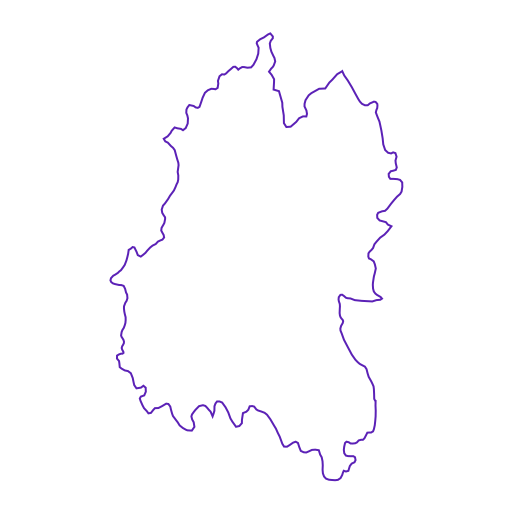 Rechytsa, Gomel, Belarus, rotated 271°
{"feature_id": "67162791B36955231142498", "entity_name": "Rechytsa", "entity_type": "district", "adm_level": 2, "iso_a3": "BLR", "parent_name": "Belarus", "parent_adm1": "Gomel", "projection": "equal_earth", "projection_center": [30.22, 52.327], "detail": "fine", "context": "isolated", "style": "outline", "palette": "violet", "viewbox_px": 512, "rotation_deg": 271, "n_neighbors": 0, "source": "geoboundaries", "source_scale": "gbopen_adm2", "svg_char_len": 6013}
<svg xmlns="http://www.w3.org/2000/svg" viewBox="0 0 512 512"><g transform="rotate(271 256 256)"><path d="M142.5,121.7L141.1,123.5L139.3,126.8L138.7,130.0L136.6,132.9L131.8,134.9L128.1,135.7L124.8,136.5L121.6,138.8L122.4,143.3L124.3,145.7L122.4,148.0L118.4,148.2L114.7,146.7L113.4,143.3L111.5,142.3L109.1,143.1L104.8,145.1L101.9,146.7L98.9,149.6L96.8,151.2L97.3,153.7L100.2,155.9L102.1,157.6L102.3,161.1L104.2,164.6L106.8,168.8L106.5,171.0L104.0,172.9L100.8,173.7L96.8,174.9L94.5,175.8L92.1,177.7L90.9,178.6L88.4,180.6L85.3,182.6L82.8,185.8L81.1,188.9L80.5,190.4L80.3,194.9L84.1,197.4L88.7,196.6L91.5,195.0L94.5,194.2L96.5,194.8L99.1,196.6L101.2,198.2L104.9,201.7L105.9,205.6L105.2,208.0L103.4,209.8L101.4,211.5L99.6,213.3L94.9,215.4L97.6,216.3L100.5,217.1L105.1,217.1L107.9,218.1L109.9,219.6L109.9,222.1L108.9,224.7L104.2,228.2L99.1,231.0L93.1,233.3L89.9,235.3L87.1,237.4L84.9,239.0L85.7,242.3L88.6,244.8L91.9,244.8L98.7,245.7L100.1,249.0L102.1,251.0L105.6,252.3L105.9,254.8L105.4,256.8L102.6,259.0L101.6,260.7L100.6,264.0L99.4,267.3L97.5,269.8L93.0,273.2L89.9,275.1L86.3,277.3L83.8,278.9L79.5,280.9L75.9,282.8L71.8,284.4L68.7,285.6L65.9,287.4L65.9,290.4L67.6,293.0L70.0,296.3L71.0,298.9L69.8,301.2L65.7,302.6L61.9,304.2L60.6,307.1L60.4,309.6L61.7,312.5L63.1,315.3L63.4,318.6L62.9,322.2L58.6,323.6L55.9,325.2L51.9,326.1L47.8,326.4L43.4,326.3L39.8,326.7L36.7,327.9L34.6,329.9L33.6,332.8L33.4,335.3L33.2,339.0L33.6,341.8L35.4,344.4L38.5,346.0L40.9,346.7L42.8,347.5L42.1,349.7L42.8,352.1L45.3,352.8L47.7,353.5L50.1,355.3L51.5,358.1L53.7,359.1L56.5,358.5L57.5,356.9L57.5,351.7L58.0,349.4L60.3,347.7L63.7,347.2L66.8,347.5L70.6,348.3L71.9,349.7L71.4,352.0L70.2,353.8L70.2,356.2L70.5,358.5L71.4,360.2L73.4,361.9L74.1,364.3L74.1,366.1L75.6,367.6L78.6,369.1L81.3,370.4L81.5,372.5L81.5,374.1L82.7,376.1L84.9,376.9L88.8,377.7L93.1,378.1L97.7,378.4L103.4,378.4L108.5,378.1L113.2,378.1L113.3,377.7L115.2,376.7L120.1,376.5L124.9,376.2L127.7,375.8L129.9,374.8L132.5,373.5L134.4,372.4L137.1,370.8L140.7,369.6L144.8,368.5L147.3,366.8L149.2,363.0L150.0,361.5L151.7,359.5L154.0,357.2L159.1,353.5L166.3,349.5L173.8,345.4L180.1,343.0L182.9,341.8L184.9,341.6L187.6,342.3L190.5,343.9L192.4,344.3L193.6,343.8L194.9,342.6L196.1,341.7L197.8,341.0L200.4,340.6L204.7,340.7L207.1,340.8L209.5,340.6L212.3,339.6L214.1,339.3L216.3,339.5L218.6,341.1L218.8,342.8L217.5,344.7L215.8,346.7L215.4,348.2L215.2,351.2L213.6,355.5L213.0,362.4L212.6,373.1L214.0,377.2L214.4,381.0L215.6,382.7L217.2,381.3L219.2,377.7L220.5,376.0L222.6,374.4L225.5,373.6L229.2,373.3L231.3,373.4L235.9,374.0L237.9,374.3L240.6,375.0L245.6,376.0L249.7,375.0L252.7,373.8L254.8,370.8L255.5,369.0L257.4,368.3L260.6,368.4L262.4,369.6L264.0,371.3L266.0,372.9L269.8,374.2L272.5,376.3L276.5,379.8L279.6,384.0L283.1,387.2L288.1,390.9L289.7,387.3L292.1,385.3L293.0,381.8L293.7,379.0L296.2,376.6L299.3,376.4L301.3,377.4L302.9,381.3L303.4,384.2L305.6,386.5L310.6,390.1L314.4,393.1L317.8,396.0L320.5,399.0L322.9,400.4L327.6,401.1L332.1,400.9L334.6,398.7L335.3,396.0L335.5,392.4L335.5,388.9L337.5,387.5L340.4,387.2L343.1,389.3L343.6,391.5L344.5,394.3L347.0,395.2L351.2,394.1L353.9,393.8L357.7,394.8L361.3,393.6L362.0,391.3L360.9,389.3L361.5,386.3L364.2,383.3L369.8,381.3L375.7,380.6L383.5,379.2L388.7,378.0L392.5,377.1L395.7,375.7L398.6,374.5L401.7,373.3L404.3,373.9L405.9,374.6L408.5,374.8L410.2,374.6L412.1,372.9L412.4,371.2L411.6,369.6L410.6,367.3L408.7,365.1L408.6,362.3L410.0,359.3L412.2,357.2L414.6,355.6L419.8,352.6L426.4,348.9L433.1,344.7L438.0,341.1L442.3,339.0L442.2,338.9L439.2,334.0L433.6,329.2L430.7,326.3L424.7,322.3L424.3,316.2L419.8,308.5L417.6,305.9L412.7,302.8L409.0,301.9L406.4,301.9L402.3,303.9L399.0,304.5L396.4,303.9L396.4,300.5L394.5,296.7L390.8,293.9L385.9,288.4L385.5,284.1L389.3,281.6L397.1,281.3L405.6,279.8L409.7,279.6L418.2,277.0L421.2,276.1L422.7,270.7L430.1,271.0L433.1,271.0L437.5,268.4L440.5,265.8L443.5,267.8L445.3,269.5L446.8,270.4L450.9,271.8L454.3,271.0L456.5,269.8L460.6,267.8L464.3,266.7L468.7,266.1L471.4,267.0L474.0,269.0L475.8,269.0L478.8,266.4L477.7,264.1L474.7,260.1L472.8,256.4L470.2,253.3L468.7,253.0L466.8,253.8L464.2,255.0L458.3,254.7L452.7,253.0L447.1,250.1L444.5,247.8L444.1,244.1L444.7,240.7L444.7,238.9L443.2,236.4L442.0,235.0L443.5,233.7L444.9,231.9L444.7,230.0L442.3,227.4L440.4,225.2L438.0,222.9L436.9,221.2L437.1,218.8L435.1,216.4L430.4,214.9L427.8,215.3L423.4,214.7L422.0,212.6L422.3,210.8L422.4,208.4L420.9,205.0L418.3,202.1L415.4,200.8L413.4,199.9L408.6,198.4L404.1,196.9L403.1,195.2L403.5,193.1L404.9,191.1L405.8,186.7L403.4,184.9L401.2,183.9L397.9,183.8L395.3,184.9L392.4,185.6L387.2,185.4L382.7,183.5L380.5,180.8L381.8,178.7L382.3,175.2L383.1,172.4L379.7,169.5L377.5,168.4L374.1,165.6L371.6,161.7L369.0,163.3L367.8,165.9L364.5,169.0L362.7,171.2L360.4,172.9L354.8,174.5L351.5,175.5L347.9,176.7L345.5,177.0L341.2,176.5L338.7,176.2L335.2,176.9L331.1,176.9L328.4,176.4L326.2,175.3L323.5,174.3L320.1,172.8L318.1,171.4L314.8,169.0L311.4,167.1L306.9,164.0L304.7,162.1L300.7,160.9L297.5,161.5L295.1,163.0L293.1,164.4L291.5,164.5L287.5,163.8L285.9,163.0L282.5,161.1L279.8,160.8L277.6,162.0L275.4,163.3L272.9,163.8L270.7,162.1L270.0,160.3L268.7,157.7L266.2,155.5L264.6,152.4L262.6,150.0L259.5,147.2L257.2,145.4L255.2,143.1L253.4,140.8L254.8,137.8L258.1,136.5L260.4,135.3L262.4,134.3L262.8,132.5L261.0,130.5L259.9,128.6L255.9,128.1L252.3,127.3L249.2,126.5L244.8,124.9L242.2,123.2L239.4,121.2L238.1,119.5L236.7,118.2L234.8,115.4L233.8,113.6L231.3,111.4L229.1,110.9L227.4,111.7L226.1,113.5L225.5,115.4L224.6,119.7L224.6,121.8L223.8,124.2L220.9,125.7L217.2,126.7L215.2,127.8L211.6,128.2L208.9,127.4L207.0,126.2L203.4,124.9L201.1,124.9L198.1,125.3L195.8,125.8L192.5,126.7L189.7,126.8L186.8,126.6L184.2,125.9L181.7,125.0L179.8,123.8L177.7,123.0L174.2,122.5L172.8,123.0L171.2,124.1L169.7,125.0L168.0,125.5L166.5,125.4L164.6,124.5L163.5,123.8L161.7,123.3L160.1,123.8L157.8,125.1L156.8,125.2L156.0,124.2L156.0,122.8L155.2,120.7L154.0,118.8L151.0,118.8L148.6,120.9L146.0,121.3L142.5,121.7Z" fill="none" stroke="#5b21b6" stroke-width="2"/></g></svg>